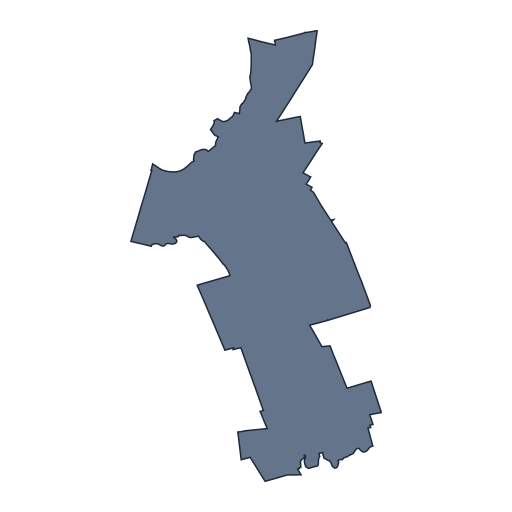 Mircea Voda, Braila, Romania (Equal Earth projection)
{"feature_id": "2599482B59099327438734", "entity_name": "Mircea Voda", "entity_type": "district", "adm_level": 2, "iso_a3": "ROU", "parent_name": "Romania", "parent_adm1": "Braila", "projection": "equal_earth", "projection_center": [27.401, 45.112], "detail": "fine", "context": "isolated", "style": "filled", "palette": "slate", "viewbox_px": 512, "rotation_deg": 0, "n_neighbors": 0, "source": "geoboundaries", "source_scale": "gbopen_adm2", "svg_char_len": 5925}
<svg xmlns="http://www.w3.org/2000/svg" viewBox="0 0 512 512"><path d="M130.9,241.4L136.4,242.7L145.9,244.9L151.3,246.3L151.6,245.2L151.9,244.8L153.2,244.2L154.4,243.8L155.7,243.7L157.1,243.8L158.6,244.2L159.9,244.9L161.7,245.8L163.1,246.1L164.2,245.9L165.1,245.0L165.8,244.1L166.9,243.6L168.2,243.5L170.0,243.7L172.2,244.1L173.8,243.9L175.5,243.2L176.0,242.8L176.6,241.9L176.8,240.5L175.9,239.1L173.6,237.2L174.1,236.9L177.3,237.0L179.1,235.8L178.9,235.4L185.3,235.3L188.6,236.9L189.0,237.3L191.1,237.6L198.0,236.3L198.6,236.2L200.6,239.1L202.7,241.0L203.1,241.2L203.8,241.4L204.4,241.4L205.9,243.3L209.7,247.7L210.1,248.0L212.1,250.4L216.7,255.9L219.2,258.8L223.3,264.3L223.7,264.2L225.9,267.1L227.6,269.9L229.1,273.1L230.0,275.6L229.4,275.8L211.8,280.9L199.1,284.6L197.2,285.2L197.3,285.6L201.5,295.2L205.8,305.2L207.5,309.2L209.3,313.5L211.6,318.8L224.7,349.7L224.9,350.2L233.4,347.9L233.1,349.6L240.8,347.7L242.4,352.0L250.7,375.3L250.8,375.3L256.6,391.5L263.3,410.4L263.4,410.5L260.1,411.4L267.2,428.6L257.9,429.5L248.7,430.4L244.8,430.8L243.7,431.2L239.8,431.8L237.8,432.0L238.4,436.6L241.2,459.8L244.1,459.0L250.1,457.3L259.3,472.0L265.1,481.3L280.3,477.0L287.2,475.0L291.1,474.9L296.0,474.9L298.8,474.8L301.0,474.8L297.6,468.9L297.8,468.8L298.2,468.9L298.6,468.8L299.0,468.7L299.3,468.5L299.5,468.3L299.6,468.0L299.6,467.7L300.8,467.4L300.7,464.5L300.6,463.3L300.4,462.6L300.5,461.9L300.5,461.6L300.6,461.2L300.8,460.8L301.1,460.4L301.7,459.5L303.5,458.5L304.3,457.4L304.4,456.4L304.3,456.2L304.3,455.3L305.1,455.2L305.5,456.7L305.5,457.4L305.4,457.7L305.3,458.1L305.2,458.4L304.9,458.8L304.7,459.7L304.4,460.5L304.4,461.2L304.4,461.6L304.5,462.3L304.7,463.3L305.0,464.3L305.2,465.3L305.5,466.0L305.9,466.6L306.2,467.0L306.7,467.3L307.6,467.9L308.1,468.2L308.6,468.3L309.1,468.2L311.3,467.6L312.5,467.2L313.2,467.1L314.6,466.7L315.7,466.4L316.2,466.3L317.1,466.1L317.4,466.0L317.6,465.9L317.9,465.4L318.2,464.9L318.3,464.4L318.4,464.0L318.4,463.7L318.4,463.3L318.4,462.5L318.4,461.2L318.5,460.1L318.7,458.7L318.8,458.2L318.9,457.8L319.1,457.4L319.4,457.0L319.7,456.7L319.0,453.3L322.7,452.8L322.9,454.3L323.1,455.2L323.2,455.3L323.3,455.4L323.4,455.5L323.5,455.6L323.4,456.1L323.6,456.6L323.8,457.5L323.9,457.9L324.2,458.1L324.5,458.4L325.1,458.7L326.4,459.4L326.7,459.5L326.9,459.7L327.4,460.1L328.2,460.4L328.4,460.5L328.7,460.5L329.1,460.5L329.3,460.6L329.7,460.9L329.9,461.1L330.2,461.9L330.6,462.5L330.8,462.7L331.1,462.9L331.2,463.3L331.7,464.8L332.0,465.6L332.4,466.2L332.9,466.7L333.7,467.4L334.6,468.1L335.6,468.0L336.1,467.9L336.8,467.4L337.3,466.8L337.5,466.6L337.6,466.4L338.5,463.3L338.6,462.6L338.6,461.8L338.0,460.5L340.4,459.5L341.5,459.6L342.5,459.6L343.0,458.8L343.7,458.0L344.3,457.8L345.0,457.5L345.4,457.2L345.9,457.0L346.7,456.9L347.4,456.7L347.9,456.4L348.3,456.0L349.0,455.5L350.2,454.9L351.0,454.6L352.3,454.0L353.0,453.6L353.3,453.3L353.8,452.6L354.3,451.9L355.3,450.4L355.9,449.5L356.7,448.8L357.7,448.4L358.7,448.3L359.0,448.5L359.6,449.3L362.3,451.7L363.0,451.9L363.8,452.0L364.7,451.8L365.3,451.6L366.2,451.3L366.9,450.7L367.5,450.1L370.0,447.1L372.4,446.1L372.8,446.1L368.0,428.1L370.7,427.5L369.9,425.2L373.0,424.4L369.7,414.7L381.0,412.6L380.8,411.9L381.1,411.9L380.9,411.3L380.9,411.1L380.7,410.5L376.2,396.8L373.4,388.2L371.1,381.1L370.9,381.1L357.0,385.2L356.9,385.3L347.0,388.2L341.7,375.1L339.9,370.6L338.4,366.8L336.2,361.3L334.0,356.1L332.3,351.7L330.8,347.7L330.1,345.9L321.9,346.6L319.9,343.1L317.8,339.3L315.7,335.7L313.5,331.7L309.9,325.7L309.6,325.2L321.0,322.2L324.6,321.2L326.8,320.6L326.7,320.3L327.5,320.0L327.6,320.4L348.9,313.9L354.1,312.3L360.4,310.4L364.7,309.1L369.1,307.7L369.9,307.5L370.4,305.5L369.0,301.6L367.5,297.5L364.7,290.1L363.1,285.8L361.8,282.1L359.7,277.1L358.1,273.0L356.5,268.9L355.0,264.8L353.2,260.5L351.8,256.6L349.9,251.8L348.5,248.0L346.3,242.5L345.3,242.8L336.9,229.8L331.6,221.7L333.7,219.5L330.7,220.1L329.0,217.6L321.2,205.5L313.6,192.5L311.7,190.9L310.5,190.0L312.0,187.3L310.7,186.6L306.3,184.2L306.6,183.4L307.5,182.1L308.0,181.3L308.3,181.1L310.7,176.9L309.9,176.6L303.0,172.8L305.8,168.6L308.4,164.6L312.3,158.6L316.9,151.4L319.5,147.5L322.2,143.5L319.7,142.3L320.1,141.6L320.2,141.4L320.2,141.0L315.3,141.6L311.0,142.2L305.0,143.0L304.2,139.0L303.4,134.0L301.9,126.0L301.1,121.2L300.3,116.5L294.4,117.6L289.4,118.6L284.3,119.7L279.2,120.7L276.5,121.3L277.2,120.2L280.0,115.9L285.3,107.6L288.1,103.2L291.5,98.0L294.9,92.4L297.5,88.4L300.2,84.0L303.4,79.1L306.0,74.9L309.6,69.1L312.0,65.3L312.4,64.6L313.2,58.8L313.9,54.2L314.8,48.2L315.4,43.6L316.0,38.9L316.8,33.6L317.2,30.9L316.8,30.7L311.3,31.7L306.4,32.5L305.4,32.3L305.1,32.3L304.4,32.9L296.6,35.0L284.6,38.0L274.7,40.3L274.5,40.7L274.5,41.2L274.6,41.4L274.9,41.9L275.1,42.1L275.1,42.4L275.2,44.4L275.4,45.0L270.6,43.9L261.5,41.7L261.4,41.7L251.3,39.0L248.1,38.2L248.3,39.5L248.6,41.3L249.0,43.1L249.6,45.2L249.9,46.5L250.0,47.7L250.3,50.0L250.7,51.6L251.3,54.3L251.2,58.0L251.3,61.9L251.1,66.6L250.9,71.4L250.6,73.7L249.8,76.9L250.0,78.8L250.4,81.6L251.4,86.9L251.2,89.0L250.3,90.3L249.0,92.1L247.6,93.7L246.7,95.3L246.0,97.2L245.5,98.9L244.9,100.2L243.6,102.1L242.9,103.0L241.4,104.3L240.0,106.7L239.9,108.9L239.4,113.5L237.3,113.1L234.4,112.4L233.5,114.7L232.4,116.5L228.9,119.3L227.7,120.4L226.0,121.1L224.2,121.5L222.4,121.5L217.5,118.7L214.0,120.7L214.3,123.2L214.2,123.4L212.0,127.3L210.5,129.6L214.8,135.3L218.3,136.7L215.8,142.1L215.6,143.8L215.6,145.4L209.7,150.3L208.6,151.2L208.2,151.3L206.5,149.9L205.1,149.5L204.1,149.4L202.3,149.5L201.8,149.6L199.7,150.4L197.0,151.6L195.7,151.8L195.1,153.0L194.1,154.6L193.5,159.6L194.0,160.9L191.3,162.5L188.2,165.5L185.2,168.0L183.0,169.5L180.6,170.7L176.8,171.8L172.7,171.9L169.5,171.7L166.5,171.2L162.1,170.0L158.5,167.9L156.6,166.5L152.7,163.9L151.0,170.4L151.8,170.5L148.8,180.6L146.8,187.5L144.5,195.4L141.0,206.9L138.6,215.3L136.5,222.4L135.8,224.8L130.9,241.4Z" fill="#64748b" stroke="#1e293b" stroke-width="1.5"/></svg>